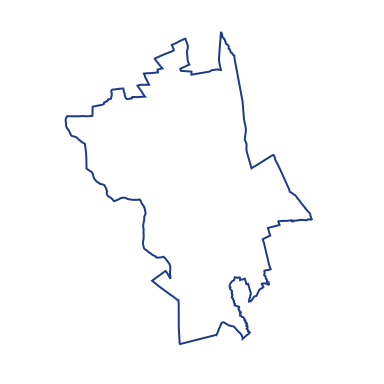 Scanteia, Iasi, Romania (Mercator projection), rotated 171°
{"feature_id": "2599482B42529928400495", "entity_name": "Scanteia", "entity_type": "district", "adm_level": 2, "iso_a3": "ROU", "parent_name": "Romania", "parent_adm1": "Iasi", "projection": "mercator", "projection_center": [27.593, 46.925], "detail": "fine", "context": "isolated", "style": "outline", "palette": "blue", "viewbox_px": 384, "rotation_deg": 171, "n_neighbors": 0, "source": "geoboundaries", "source_scale": "gbopen_adm2", "svg_char_len": 5905}
<svg xmlns="http://www.w3.org/2000/svg" viewBox="0 0 384 384"><g transform="rotate(171 192 192)"><path d="M78.0,146.4L78.7,149.3L78.8,151.9L79.2,153.1L80.6,154.7L80.9,155.5L82.3,157.6L82.8,158.7L86.6,165.3L87.0,166.5L88.6,168.8L89.6,171.0L90.6,172.7L91.9,173.7L93.8,175.7L95.0,176.4L95.4,177.0L95.6,179.2L101.0,199.0L103.4,207.0L104.8,211.0L104.8,212.9L105.1,214.3L105.7,215.8L106.8,215.7L129.5,206.1L131.6,223.2L131.6,225.4L130.9,229.3L130.7,230.9L130.8,232.1L131.7,235.4L129.2,244.2L128.9,246.0L128.9,249.3L129.2,253.2L129.3,255.7L128.2,269.2L127.9,273.9L128.1,281.2L129.1,316.2L128.9,320.2L129.3,320.4L130.1,321.2L130.3,322.2L130.6,322.7L131.8,323.8L132.4,327.2L133.2,327.5L133.4,327.8L133.0,329.5L133.2,330.9L133.8,332.0L134.6,332.3L135.3,333.3L135.4,333.7L135.2,334.9L135.7,335.7L135.7,337.1L136.3,338.2L136.6,339.0L137.4,339.6L137.6,340.0L137.8,344.0L138.0,344.7L138.3,345.0L138.5,344.9L140.6,336.1L144.2,320.9L144.5,319.3L144.7,317.6L144.8,314.7L144.3,308.0L146.5,308.6L147.4,309.0L153.0,309.3L155.9,308.2L174.2,308.0L173.7,311.0L184.0,313.4L184.4,315.2L184.2,315.6L174.7,318.3L175.2,319.8L175.7,322.1L175.7,324.0L175.4,325.0L175.4,327.5L175.1,328.9L175.2,330.5L174.9,332.1L173.8,334.3L173.2,337.0L173.5,338.0L173.6,339.7L174.3,342.6L174.5,344.4L175.0,344.5L180.1,343.1L184.7,341.5L188.9,340.4L187.8,335.6L187.8,335.1L187.9,334.7L191.1,333.8L199.1,332.0L207.9,329.7L208.0,329.4L206.4,326.4L202.8,320.0L201.9,318.7L206.9,318.3L206.9,315.5L213.8,315.8L217.6,316.3L221.0,316.5L220.4,314.1L220.4,313.5L220.1,312.3L218.3,307.0L217.7,304.6L225.9,305.9L227.8,305.9L229.2,305.4L226.2,299.4L224.2,294.7L223.5,293.6L231.5,294.3L236.0,295.2L236.3,295.0L236.5,294.1L236.7,293.9L241.6,293.9L242.5,294.8L243.1,296.8L243.3,297.9L243.1,299.7L243.5,301.0L243.7,305.0L247.8,305.3L254.5,305.5L255.3,305.3L255.9,304.6L256.0,303.7L255.8,302.3L255.9,301.2L256.1,300.2L257.5,296.8L260.3,296.6L260.8,295.5L262.3,295.1L262.4,294.7L264.8,294.2L265.2,292.8L267.1,292.2L276.8,291.8L278.2,284.0L278.5,282.8L284.0,283.2L288.4,284.2L292.2,284.5L303.5,286.4L304.7,284.9L305.3,283.8L305.7,281.8L305.7,279.2L306.0,277.9L305.8,275.7L305.5,274.8L303.8,271.4L302.9,268.0L302.6,267.2L301.9,266.1L298.7,264.8L297.6,264.0L296.5,262.7L295.6,261.4L293.9,259.7L293.0,258.4L291.7,257.6L290.2,256.1L290.5,247.7L291.1,241.7L292.5,231.7L291.2,230.4L287.6,227.0L287.5,225.7L287.2,225.5L287.0,224.9L287.0,223.5L286.6,220.7L286.1,219.7L285.8,219.5L285.2,218.2L284.6,217.3L282.8,215.8L282.6,215.4L282.1,215.1L282.0,214.7L278.2,213.0L277.4,212.4L276.4,209.2L276.0,207.2L275.8,206.8L276.0,206.2L275.8,205.8L276.0,205.2L276.4,204.8L276.5,203.6L276.1,202.3L275.7,201.3L275.1,200.6L273.3,199.2L271.9,197.6L270.5,195.2L269.7,195.2L266.1,196.1L262.8,197.2L259.7,197.0L259.0,196.8L258.1,196.3L256.9,195.3L254.0,194.2L251.1,193.4L247.0,192.8L244.8,192.7L244.8,192.3L244.1,191.5L243.4,188.5L241.7,185.2L241.2,181.9L241.2,178.2L241.5,177.3L243.1,174.9L243.3,172.9L245.1,167.8L245.7,165.4L245.6,162.7L246.3,159.2L246.5,156.6L247.4,152.5L248.3,150.2L248.5,148.0L248.4,146.6L248.4,144.7L247.8,143.1L246.0,141.5L245.2,140.6L244.5,139.5L242.5,137.9L241.8,137.0L241.0,136.3L240.4,135.6L239.7,135.3L237.9,133.9L237.9,133.5L236.6,132.5L232.4,132.3L230.3,132.5L229.3,131.2L228.8,130.7L226.2,125.8L225.9,125.5L225.8,124.9L225.6,124.6L225.3,123.5L225.1,122.0L225.4,121.0L225.3,120.4L225.8,118.1L226.2,117.2L226.1,116.6L226.6,114.3L226.5,112.9L226.9,109.6L229.1,115.6L230.4,118.1L232.5,117.2L245.3,110.6L239.8,104.5L232.0,96.5L228.4,92.9L226.7,91.6L226.3,90.9L224.2,88.8L223.0,87.2L222.3,87.2L222.8,82.4L226.3,59.9L227.9,44.1L227.5,43.7L191.5,47.0L190.8,47.1L190.4,46.8L189.4,48.0L187.4,51.4L186.7,52.8L186.0,53.6L183.4,57.9L181.7,58.5L180.6,58.1L180.4,57.7L179.9,57.3L176.1,54.3L172.0,52.7L171.3,52.0L169.8,49.6L169.5,48.8L169.1,48.6L168.2,47.0L166.7,45.2L165.4,43.0L164.9,40.5L164.9,39.8L165.0,39.0L160.5,41.9L158.3,43.0L156.9,44.3L157.5,45.1L158.6,45.6L158.5,46.2L158.3,46.6L158.4,47.3L158.7,47.8L159.4,48.1L159.4,48.5L158.3,49.5L158.3,50.1L158.4,50.6L159.1,51.1L158.3,51.7L158.7,52.5L159.0,52.7L158.9,53.0L158.3,53.6L158.9,54.3L159.6,54.7L159.7,55.2L159.7,55.4L159.3,55.8L159.5,56.3L159.3,56.7L159.3,56.9L159.9,57.0L160.2,57.3L160.4,57.7L160.1,58.7L160.5,59.4L160.8,60.2L161.3,60.5L162.1,60.6L162.5,61.4L163.9,62.4L163.2,63.5L163.7,64.3L163.8,64.8L163.7,65.1L162.6,65.5L162.8,66.1L163.7,66.9L164.0,67.5L163.8,68.0L164.4,69.0L163.9,70.0L163.4,70.4L163.5,71.2L164.2,71.8L164.8,71.8L167.3,73.2L167.7,73.7L167.6,74.0L167.1,74.6L167.1,75.0L167.4,75.3L167.9,76.3L167.9,76.8L167.6,77.6L167.5,78.0L168.0,78.4L168.2,79.0L168.2,79.4L168.0,80.1L168.1,80.4L168.6,80.6L169.1,81.2L169.1,82.3L168.3,83.3L168.2,83.8L168.6,84.5L168.4,84.9L168.6,85.3L168.2,85.7L168.6,86.7L168.4,87.0L168.1,87.2L167.9,87.7L168.6,89.1L169.4,90.0L169.6,90.6L169.5,91.3L168.9,91.8L169.0,92.1L169.6,92.6L169.4,93.7L168.4,95.7L166.8,97.2L165.9,97.8L164.4,98.2L163.8,99.3L163.1,101.0L162.4,100.7L161.6,100.8L160.6,100.2L158.2,100.1L158.2,97.5L157.0,97.9L155.6,97.7L153.4,98.2L152.6,92.4L151.0,92.5L149.7,82.6L149.8,81.9L150.6,80.7L151.3,78.6L151.9,77.9L152.9,74.8L152.5,74.7L150.6,75.3L149.8,75.9L147.0,79.0L144.6,79.3L140.7,85.1L136.4,86.7L136.4,87.2L137.4,90.0L137.5,90.5L137.4,90.6L134.3,90.3L133.2,89.9L130.7,88.5L130.4,88.6L130.3,89.1L130.5,89.5L131.2,90.3L131.6,90.4L131.7,90.9L131.4,91.0L132.0,91.2L132.1,91.4L132.2,91.8L131.6,92.6L131.6,92.8L132.1,94.3L132.6,95.1L132.6,96.9L132.8,97.5L133.7,98.3L133.7,99.1L133.2,99.7L132.9,100.8L132.9,102.8L132.8,103.0L128.6,103.1L126.4,103.4L127.2,107.6L128.9,130.3L129.5,134.2L127.9,134.9L121.6,136.7L122.7,144.6L110.7,145.7L111.4,149.3L111.2,149.6L106.1,149.2L103.8,148.7L98.0,148.5L98.0,147.4L96.1,147.2L96.0,147.7L91.5,147.4L91.3,147.6L90.0,147.3L88.3,147.5L87.5,147.0L86.1,147.0L85.6,146.7L83.7,146.2L82.6,146.4L82.3,146.6L81.9,146.6L81.2,146.9L79.7,146.2L79.1,146.1L78.8,146.1L78.7,146.3L78.0,146.4Z" fill="none" stroke="#1e3a8a" stroke-width="2"/></g></svg>